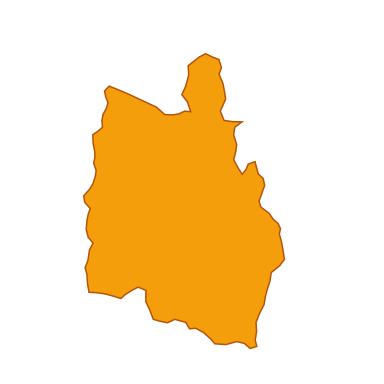 Pirapora do Bom Jesus, São Paulo, Brazil, rotated 293°
{"feature_id": "56859067B63542000245485", "entity_name": "Pirapora do Bom Jesus", "entity_type": "district", "adm_level": 2, "iso_a3": "BRA", "parent_name": "Brazil", "parent_adm1": "São Paulo", "projection": "albers", "projection_center": [-46.98, -23.379], "detail": "fine", "context": "isolated", "style": "filled", "palette": "amber", "viewbox_px": 384, "rotation_deg": 293, "n_neighbors": 0, "source": "geoboundaries", "source_scale": "gbopen_adm2", "svg_char_len": 1554}
<svg xmlns="http://www.w3.org/2000/svg" viewBox="0 0 384 384"><g transform="rotate(293 192 192)"><path d="M75.2,312.0L80.3,308.1L89.2,305.8L96.9,301.9L106.5,301.6L116.5,302.3L124.9,300.3L132.0,299.3L140.3,298.6L148.8,296.4L158.4,301.5L166.1,303.4L173.8,298.6L181.2,293.8L187.3,288.9L192.8,287.7L196.7,283.5L198.5,277.7L202.6,271.1L205.1,261.1L209.8,257.3L216.3,256.9L226.5,256.3L232.4,252.1L234.5,245.9L239.2,242.3L244.6,238.1L239.6,232.9L233.8,232.9L227.9,231.3L232.4,224.6L238.0,217.8L246.9,216.4L253.2,214.5L260.9,208.0L268.4,206.1L276.1,210.6L272.5,201.5L270.4,193.5L277.6,186.4L284.2,186.6L290.7,186.6L296.0,183.4L303.7,178.3L311.2,170.8L318.0,170.5L324.5,165.0L324.2,158.2L324.6,150.5L319.5,146.2L306.8,139.1L298.3,143.3L286.3,144.9L277.6,144.6L273.1,152.6L265.4,159.5L263.6,153.7L258.6,149.2L255.4,144.0L252.6,136.8L256.2,126.1L257.3,94.0L257.3,86.2L257.1,74.4L250.9,72.0L246.1,75.2L241.4,79.8L235.4,80.5L228.8,79.8L222.4,81.2L216.7,84.3L211.2,81.7L206.0,78.3L197.9,82.1L191.3,86.6L186.0,89.1L180.1,90.2L174.5,95.3L168.7,96.9L161.3,97.6L154.6,96.7L146.1,93.8L140.6,97.3L137.0,104.8L131.3,105.1L124.8,106.4L116.1,109.3L109.7,114.2L106.3,120.9L98.4,120.3L88.5,122.9L80.5,123.2L75.1,127.5L67.2,131.4L59.4,136.4L61.7,142.6L64.2,151.5L65.4,160.2L66.2,168.2L71.3,170.5L78.2,175.3L83.3,179.5L83.5,188.0L72.9,192.4L67.5,198.6L59.7,206.1L60.6,213.3L62.1,220.6L68.1,225.9L69.5,237.1L65.1,243.3L68.0,248.5L67.2,257.2L64.2,266.2L61.2,272.4L64.8,282.8L71.7,291.5L73.1,299.3L70.7,306.7L75.2,312.0Z" fill="#f59e0b" stroke="#b45309" stroke-width="1.5"/></g></svg>